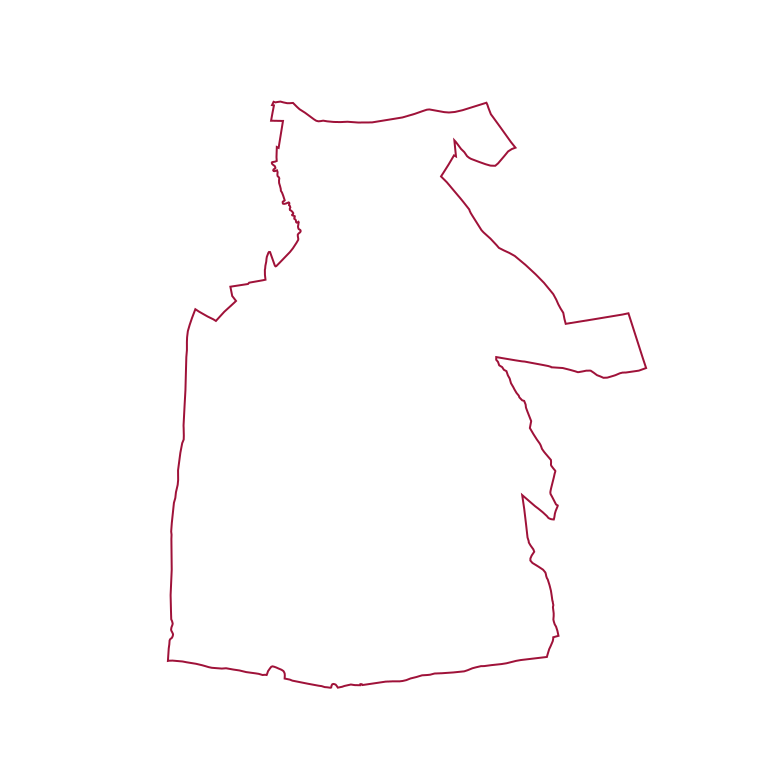 Hartop, Suceava, Romania, rotated 170°
{"feature_id": "2599482B8879498815778", "entity_name": "Hartop", "entity_type": "district", "adm_level": 2, "iso_a3": "ROU", "parent_name": "Romania", "parent_adm1": "Suceava", "projection": "mercator", "projection_center": [26.364, 47.48], "detail": "fine", "context": "isolated", "style": "outline", "palette": "rose", "viewbox_px": 768, "rotation_deg": 170, "n_neighbors": 0, "source": "geoboundaries", "source_scale": "gbopen_adm2", "svg_char_len": 6075}
<svg xmlns="http://www.w3.org/2000/svg" viewBox="0 0 768 768"><g transform="rotate(170 384 384)"><path d="M234.3,643.2L246.7,641.6L259.1,640.0L266.9,639.6L272.9,640.1L277.5,641.3L291.6,646.5L294.1,646.7L298.3,646.1L306.8,644.7L319.5,643.3L328.3,643.4L350.4,643.7L354.6,644.4L364.1,646.0L374.4,648.6L381.4,649.5L388.0,650.8L394.2,652.5L398.2,653.9L400.7,653.9L403.0,654.1L405.0,655.0L406.9,656.7L414.6,664.8L419.4,669.2L421.5,671.9L424.8,676.6L428.0,676.9L430.7,677.4L434.2,678.8L436.9,680.1L439.6,680.2L442.1,680.2L443.7,681.1L445.8,678.1L444.0,677.5L446.5,671.0L449.5,662.9L437.8,660.6L446.8,634.8L448.4,636.0L449.6,630.3L450.5,626.0L450.9,622.3L452.6,621.9L455.6,621.9L456.1,621.3L456.0,620.3L455.1,619.0L453.8,617.7L453.4,616.2L453.5,615.5L454.0,615.2L455.5,614.5L456.0,613.7L455.7,612.9L454.8,612.6L453.7,612.7L452.3,613.0L452.2,612.5L452.0,611.1L452.4,609.6L452.7,608.4L452.6,607.0L451.7,605.9L451.4,604.7L452.0,602.9L452.4,600.2L452.0,596.8L451.8,594.1L452.0,592.2L451.2,590.2L450.6,587.2L449.9,582.1L450.5,581.7L451.3,581.5L452.1,581.0L452.3,580.0L452.2,579.2L451.7,578.9L450.8,578.7L449.0,578.8L446.4,579.4L445.9,579.0L445.9,577.9L446.2,577.5L446.5,576.6L445.9,575.9L445.7,575.3L445.6,574.1L445.9,573.7L446.4,572.8L446.4,571.7L445.2,570.7L444.3,569.4L443.7,568.0L443.9,567.4L445.1,566.6L445.1,566.1L443.7,565.3L442.8,564.8L442.8,564.1L443.6,563.0L443.6,562.2L442.8,561.5L442.4,560.6L442.4,558.6L442.0,558.1L441.3,558.1L440.1,558.6L439.9,558.0L440.5,556.7L440.7,555.7L441.3,554.3L441.4,552.7L441.1,551.4L439.7,550.2L439.5,549.4L439.7,548.6L440.4,547.9L441.9,547.1L442.9,546.2L443.2,544.8L443.2,541.8L443.5,540.8L445.7,538.2L450.2,533.4L453.7,530.3L465.1,522.0L469.6,518.8L470.4,518.7L470.7,519.1L471.0,519.9L472.9,531.2L473.3,533.7L474.3,534.0L475.0,533.4L477.3,529.6L478.0,527.6L478.7,525.0L480.3,521.0L481.0,518.3L481.5,517.1L482.3,512.2L482.6,507.3L485.2,507.2L499.2,507.2L500.6,506.1L518.4,506.5L518.2,497.0L515.3,491.5L517.2,490.2L528.7,482.9L538.6,475.3L540.8,477.3L546.0,481.1L550.0,484.4L553.6,487.4L556.8,490.4L561.7,482.2L565.1,476.0L568.0,470.1L569.8,464.2L570.8,459.6L572.2,451.6L574.0,444.8L576.3,433.6L580.6,412.5L583.9,398.4L588.6,378.0L589.0,375.1L590.1,367.9L590.9,364.1L593.0,360.8L596.5,351.6L601.8,334.8L603.4,325.2L604.7,320.5L607.7,313.5L609.3,308.0L611.5,303.5L617.1,284.0L619.2,275.7L619.4,272.4L620.3,268.3L625.3,238.0L630.8,213.2L633.2,197.4L634.4,189.2L633.9,187.3L633.7,184.9L634.1,183.7L635.6,181.2L636.3,179.2L636.3,178.1L635.6,176.0L635.2,174.2L635.7,172.7L636.8,171.0L639.0,169.7L639.7,168.6L640.6,165.0L641.9,161.0L644.9,148.8L643.5,148.8L640.2,148.3L630.5,145.7L626.9,144.3L617.7,141.1L611.9,138.6L608.8,137.1L605.8,135.6L602.8,134.4L598.9,133.4L593.1,131.9L591.0,131.7L588.9,131.5L582.1,129.0L576.1,127.0L569.7,124.2L560.6,121.3L557.7,120.3L554.1,118.5L551.6,118.3L550.1,117.8L549.4,118.9L548.1,121.3L545.6,123.8L544.1,125.1L542.8,125.3L541.2,124.6L539.3,123.5L537.4,122.2L534.6,120.4L532.9,118.8L532.4,117.5L532.1,116.1L532.3,114.2L533.0,111.2L528.0,109.2L525.8,107.8L510.9,102.0L500.7,98.2L497.9,97.3L495.0,95.8L492.7,95.2L489.6,94.2L488.7,94.3L488.2,95.7L487.8,96.4L487.0,97.3L485.9,97.4L484.7,96.9L483.8,96.3L483.0,94.9L482.2,93.0L477.8,93.1L475.4,93.5L468.8,93.8L465.3,92.6L459.9,91.5L459.4,92.5L458.0,92.2L457.7,91.3L455.1,91.2L441.4,90.8L433.9,90.6L431.1,90.2L426.5,89.6L423.4,89.0L420.6,88.5L417.3,88.3L413.5,88.5L409.0,89.4L403.0,89.8L397.1,90.5L391.9,89.9L389.1,89.7L384.5,90.1L377.1,89.1L365.8,87.9L354.9,87.1L351.4,87.6L346.3,88.7L342.9,89.0L337.5,89.3L334.3,88.8L327.2,88.5L317.0,87.8L311.9,87.7L302.0,88.4L297.3,88.4L281.5,87.5L271.0,86.9L269.6,89.8L267.3,94.3L265.5,96.8L262.5,101.4L261.6,103.7L261.3,105.2L255.9,105.7L256.1,110.9L256.7,115.2L257.6,117.6L258.0,120.4L258.1,122.6L257.2,126.0L256.7,128.8L256.4,134.9L255.6,136.9L255.7,138.9L255.6,140.8L255.8,141.1L255.8,141.4L255.6,146.7L255.5,151.4L255.9,157.0L256.7,163.1L257.3,164.6L257.6,166.7L257.6,168.4L257.8,170.3L259.6,173.5L263.6,177.3L268.9,182.0L270.5,184.7L270.1,186.8L268.3,189.5L265.2,192.7L265.6,195.1L267.7,199.5L268.9,202.7L268.8,204.2L269.3,207.9L268.5,220.7L267.6,236.7L267.2,250.6L256.4,237.4L253.6,234.4L249.9,230.1L246.5,225.6L245.4,223.6L244.6,222.9L243.0,221.9L240.8,221.2L240.3,221.1L239.3,223.4L238.2,226.7L236.9,229.3L234.3,233.4L234.0,234.2L235.5,235.5L236.6,239.1L238.1,243.9L239.1,246.8L239.0,248.5L238.4,250.2L237.5,252.4L232.9,262.7L231.5,266.1L230.5,268.1L230.4,268.5L230.4,268.8L232.0,271.6L233.5,274.6L233.6,275.5L233.0,278.2L232.8,280.2L236.8,287.0L238.2,289.5L239.7,292.7L240.0,294.6L240.4,296.6L241.0,298.4L243.1,302.8L245.5,308.6L248.0,315.3L245.5,321.9L247.6,332.3L248.3,336.2L248.1,339.1L248.9,343.0L250.8,344.0L253.0,347.3L253.3,349.1L255.1,352.3L256.5,356.1L257.2,358.4L258.8,362.7L259.3,367.6L260.5,371.0L261.2,375.4L263.5,377.2L264.7,380.1L267.3,382.4L267.9,386.0L269.3,388.4L268.8,391.0L255.0,386.1L250.2,384.4L244.0,382.3L241.7,381.7L234.8,379.1L224.1,375.1L219.2,373.2L216.6,371.9L216.3,371.4L214.2,370.9L205.2,368.7L198.5,365.7L193.5,363.3L191.3,362.1L190.2,361.9L186.3,361.9L182.6,362.0L179.3,361.5L178.1,361.2L175.4,358.6L172.7,355.7L169.8,354.0L166.8,352.0L162.9,351.5L156.8,352.2L154.6,352.5L149.9,353.6L147.1,353.8L143.7,353.3L130.7,352.9L123.1,354.2L124.6,364.4L131.0,411.2L137.0,411.0L166.8,411.3L194.6,411.7L195.0,416.7L195.1,423.0L197.0,427.7L198.5,432.2L199.7,437.1L201.7,443.1L208.9,455.9L215.7,465.8L223.8,476.5L233.0,487.4L237.8,491.3L242.7,494.7L247.2,498.1L249.1,501.3L253.8,508.5L259.7,516.1L261.3,518.6L267.8,534.5L268.9,537.3L269.6,539.9L269.7,541.0L274.3,549.6L276.2,553.0L278.7,557.3L287.1,571.8L291.8,578.5L290.9,579.5L289.1,581.4L282.2,589.0L279.8,591.8L275.8,596.5L275.4,597.0L273.6,595.6L272.4,611.7L271.3,610.0L270.0,607.5L267.3,602.1L264.7,598.5L262.6,593.9L260.8,591.9L259.2,590.6L256.0,588.7L251.8,586.2L245.8,582.8L241.3,580.6L237.7,579.8L236.5,579.6L233.3,581.5L225.8,587.7L221.4,591.5L217.3,593.2L213.5,593.9L216.9,600.1L224.8,616.6L228.7,624.6L230.3,627.9L231.9,631.1L232.6,634.6L233.3,638.2L233.5,639.7L233.7,641.0L234.3,643.2Z" fill="none" stroke="#9f1239" stroke-width="2"/></g></svg>